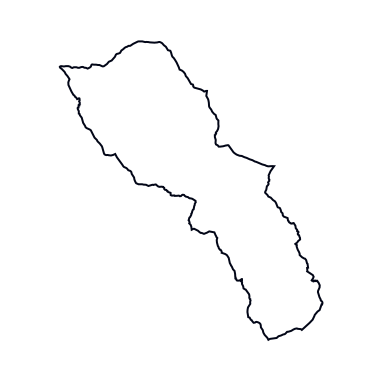 Slanic-Moldova, Bacau, Romania, rotated 83°
{"feature_id": "2599482B31492670959230", "entity_name": "Slanic-Moldova", "entity_type": "district", "adm_level": 2, "iso_a3": "ROU", "parent_name": "Romania", "parent_adm1": "Bacau", "projection": "mercator", "projection_center": [26.446, 46.203], "detail": "fine", "context": "isolated", "style": "outline", "palette": "ink", "viewbox_px": 384, "rotation_deg": 83, "n_neighbors": 0, "source": "geoboundaries", "source_scale": "gbopen_adm2", "svg_char_len": 5937}
<svg xmlns="http://www.w3.org/2000/svg" viewBox="0 0 384 384"><g transform="rotate(83 192 192)"><path d="M102.2,293.9L104.8,292.4L110.1,291.6L113.3,290.1L114.8,289.7L115.8,288.7L117.5,285.9L118.4,284.9L126.2,282.1L128.7,280.1L130.2,279.6L132.7,277.6L135.6,275.9L136.8,275.6L142.8,274.7L143.9,274.3L144.4,273.7L144.9,272.7L145.0,271.0L145.3,270.4L145.9,268.0L145.6,265.7L144.9,263.6L148.4,262.3L156.3,257.9L158.2,257.0L158.9,256.4L160.1,254.4L161.0,253.5L162.6,252.6L163.5,250.8L164.1,250.2L164.8,249.8L166.7,249.6L170.6,247.7L172.1,247.7L173.7,247.4L176.1,246.6L176.6,246.2L177.8,244.1L178.3,240.4L178.8,239.1L179.2,236.8L180.7,234.5L180.0,230.4L180.3,229.4L180.2,229.3L180.1,227.0L182.3,225.0L182.9,223.8L183.0,221.6L183.4,220.1L183.7,220.1L184.4,219.1L185.6,219.2L186.6,218.4L186.8,217.3L187.6,216.8L187.8,216.3L188.4,216.4L188.7,216.1L189.2,215.5L190.2,213.4L192.5,213.5L193.0,212.7L193.2,212.0L193.1,211.3L193.3,209.9L193.7,209.8L193.9,208.4L194.0,205.4L194.7,204.6L194.7,203.5L193.8,202.3L193.6,201.5L193.8,200.7L194.0,200.2L194.9,199.7L195.8,198.7L196.6,196.6L197.5,195.8L198.0,195.0L198.1,194.2L198.8,192.5L201.2,189.6L202.0,189.7L202.5,189.5L204.1,190.7L205.3,190.9L206.2,191.5L209.4,192.5L209.6,193.1L209.9,193.4L211.4,194.2L212.7,194.6L213.5,195.4L214.4,195.4L216.6,196.9L217.1,197.7L219.7,198.8L220.2,198.4L222.0,198.1L222.8,198.6L224.3,197.4L226.4,196.9L229.4,196.9L228.7,194.9L228.8,194.3L231.3,190.6L232.1,190.0L233.6,188.5L233.8,187.4L235.0,185.2L234.2,182.1L233.2,179.7L234.8,174.7L238.0,173.8L238.8,173.4L239.6,173.3L240.7,172.5L242.6,173.3L245.2,173.4L248.8,172.9L249.7,172.4L250.8,172.3L252.1,171.7L252.8,171.2L252.8,170.7L253.8,170.1L255.6,169.7L256.0,169.9L257.5,166.8L258.5,165.5L259.0,165.0L261.9,163.6L267.3,163.1L268.9,162.4L269.6,162.3L270.8,161.6L273.8,160.7L275.5,159.4L278.5,159.2L281.8,159.4L282.1,159.1L283.1,159.5L283.4,159.4L283.8,158.7L285.1,158.4L285.4,158.0L285.7,156.2L285.3,154.7L284.5,153.4L284.6,153.0L286.1,153.2L286.8,153.9L287.0,153.5L287.7,153.3L289.3,153.6L291.8,152.7L294.0,152.6L295.2,151.1L295.4,150.6L300.5,147.8L302.4,147.7L303.8,148.0L304.9,147.8L305.4,147.3L305.7,147.5L306.7,147.1L308.2,147.7L310.1,147.8L313.4,150.5L315.7,151.2L317.9,151.6L323.1,151.4L323.7,150.1L326.0,149.2L326.5,148.4L327.3,148.1L329.3,146.8L329.3,145.5L328.8,144.4L328.8,143.7L329.4,142.3L330.2,141.1L331.2,140.3L332.5,140.0L334.8,140.1L337.7,138.6L340.3,138.3L342.7,137.3L345.9,135.0L348.0,134.2L347.3,132.6L347.2,125.8L345.7,123.7L345.3,121.2L344.5,118.8L344.4,117.4L344.0,116.6L342.4,114.7L342.4,113.1L341.9,110.4L340.8,108.0L340.3,106.3L340.2,104.5L340.6,104.0L341.4,100.6L342.3,99.8L336.2,91.2L333.4,87.8L330.1,85.7L328.9,85.1L326.0,82.0L324.7,79.7L319.4,77.1L319.6,76.7L318.8,76.2L317.4,76.0L316.5,76.3L315.9,77.0L314.8,77.5L314.3,77.4L311.9,78.3L306.7,79.2L305.5,78.9L302.3,77.0L300.1,76.6L297.3,77.5L296.5,78.1L295.8,78.3L295.3,78.7L295.6,79.7L295.5,80.1L295.0,80.2L294.9,81.3L295.3,81.5L295.6,82.1L295.5,82.4L294.9,82.4L294.8,83.6L294.3,84.0L292.6,82.5L291.0,81.6L289.2,82.2L284.8,87.4L284.3,87.1L281.4,87.0L281.3,86.0L277.3,86.1L276.9,86.5L273.5,87.0L272.0,87.9L271.7,88.7L270.2,90.7L267.7,92.8L266.3,92.7L264.9,93.0L262.1,94.1L258.8,94.8L257.5,94.4L256.5,95.7L256.1,95.8L255.1,93.9L253.6,92.6L252.3,90.5L250.7,90.4L249.5,90.8L248.0,91.0L247.2,92.0L246.8,92.1L246.3,92.1L244.8,91.2L244.2,91.4L243.8,92.4L242.3,92.3L240.7,93.4L238.0,93.5L235.2,94.9L235.2,95.6L235.6,96.7L235.2,97.6L234.9,97.9L235.0,98.1L234.5,98.5L234.2,99.0L233.5,99.5L232.7,99.6L232.1,100.2L229.5,100.3L227.6,103.9L226.3,104.7L224.2,104.7L222.7,105.9L220.8,106.1L219.0,106.6L218.5,106.9L217.7,108.6L217.3,108.9L213.3,109.9L211.5,110.7L209.8,112.6L207.2,114.5L205.8,116.8L204.3,117.4L201.6,119.5L200.7,119.3L198.8,118.0L195.5,117.0L194.3,115.6L193.4,115.0L192.3,115.1L191.9,115.3L190.9,114.7L190.3,113.9L189.5,113.9L189.0,113.7L188.4,114.1L187.5,114.2L186.1,113.8L184.8,113.9L180.9,111.5L176.4,107.4L176.1,109.1L175.8,113.3L175.1,115.0L174.3,116.2L173.2,118.9L169.9,124.6L169.4,125.9L167.8,128.1L166.5,130.9L164.8,133.6L163.8,135.8L162.3,138.2L161.8,140.4L160.3,143.2L158.7,145.0L157.6,146.0L150.1,150.1L149.9,150.7L150.0,153.0L150.4,155.5L150.4,158.6L150.2,160.0L148.9,160.7L147.7,162.4L146.3,162.7L143.2,162.1L140.4,162.6L138.3,162.4L138.2,161.9L137.0,161.0L136.6,161.3L135.8,161.0L134.6,159.7L132.6,158.4L129.9,157.6L127.9,157.6L124.2,157.1L122.5,158.4L121.7,158.7L118.5,159.1L117.0,160.7L114.7,162.2L112.5,162.9L110.2,164.3L109.0,164.6L105.3,164.4L103.4,164.5L101.9,164.7L98.4,166.1L93.5,164.8L93.4,165.6L93.8,167.7L92.6,168.9L91.3,170.7L88.7,177.0L87.5,177.9L86.2,177.8L85.5,178.0L84.7,179.8L78.5,182.4L76.2,184.0L73.8,184.5L71.7,185.8L70.1,187.4L69.0,189.4L66.6,189.9L61.6,191.5L58.7,192.8L56.6,193.9L55.6,194.8L54.3,195.3L50.9,195.8L49.2,196.3L48.3,198.6L44.7,200.2L42.9,202.0L40.7,203.5L39.9,204.5L39.2,205.7L39.1,206.7L39.3,208.2L39.2,211.1L38.3,215.8L37.9,216.9L37.5,219.0L37.5,220.2L36.5,222.9L36.0,226.6L36.1,227.5L37.8,232.4L39.1,234.9L39.4,235.7L39.2,237.2L39.9,238.6L40.1,239.9L40.7,241.3L41.7,242.6L43.0,244.9L45.1,246.4L45.6,247.9L45.8,249.8L46.4,250.8L48.4,252.0L51.7,255.7L52.6,258.7L54.6,260.8L56.4,264.1L56.5,265.1L56.3,265.7L54.7,268.3L54.5,269.8L53.9,271.8L53.7,273.7L53.2,275.6L53.7,276.4L55.2,277.1L56.0,278.3L56.8,280.5L55.8,282.2L55.5,283.7L54.7,284.8L54.5,285.5L54.5,286.7L55.0,288.8L54.8,290.1L54.1,291.5L53.9,292.9L53.8,294.1L54.3,295.7L53.9,296.6L52.7,297.8L52.0,299.4L51.7,301.9L51.8,303.8L51.1,306.7L51.5,307.9L51.7,308.0L52.6,307.7L54.1,306.2L57.3,303.8L59.5,303.0L61.7,301.5L64.9,299.9L65.4,299.9L65.8,300.3L68.1,301.4L70.7,301.6L77.6,299.4L81.1,297.9L82.0,296.9L83.2,296.5L84.2,295.4L85.8,294.7L85.5,293.5L85.3,293.1L85.2,292.7L85.5,292.3L87.3,292.3L88.2,293.0L89.6,292.5L90.6,292.8L91.0,292.6L91.2,292.9L92.0,293.1L91.7,293.7L91.8,293.9L94.3,294.3L94.3,294.6L94.4,295.1L95.1,295.3L96.0,295.2L97.9,294.5L100.4,294.8L100.8,294.1L102.2,293.9Z" fill="none" stroke="#020617" stroke-width="2"/></g></svg>